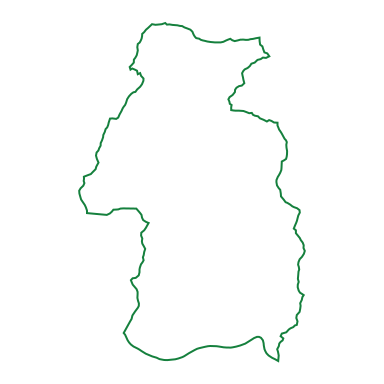 Avaré, São Paulo, Brazil (Mercator projection)
{"feature_id": "56859067B63213582970930", "entity_name": "Avaré", "entity_type": "district", "adm_level": 2, "iso_a3": "BRA", "parent_name": "Brazil", "parent_adm1": "São Paulo", "projection": "mercator", "projection_center": [-48.891, -23.063], "detail": "fine", "context": "isolated", "style": "outline", "palette": "green", "viewbox_px": 384, "rotation_deg": 0, "n_neighbors": 0, "source": "geoboundaries", "source_scale": "gbopen_adm2", "svg_char_len": 4600}
<svg xmlns="http://www.w3.org/2000/svg" viewBox="0 0 384 384"><path d="M123.7,333.0L125.1,334.7L126.1,336.9L127.6,340.2L129.1,342.5L130.9,344.5L133.5,346.5L137.7,348.6L139.4,349.6L141.6,351.1L145.8,353.7L152.2,356.4L156.6,357.7L159.5,359.1L161.5,359.5L164.2,360.0L167.3,360.1L170.2,359.8L175.2,359.3L178.3,358.5L182.4,357.1L184.2,356.2L189.1,353.1L192.9,351.0L194.7,350.0L197.1,348.8L199.1,348.2L201.6,347.6L205.5,346.7L208.0,346.2L210.2,346.0L213.4,346.1L216.5,346.2L218.7,346.5L223.6,347.3L226.2,347.5L230.8,347.6L232.8,347.3L236.2,346.6L240.2,345.5L245.3,343.6L251.7,339.6L254.0,338.1L256.9,336.9L259.1,336.9L261.0,337.8L262.9,340.3L263.6,343.2L263.8,345.5L264.5,349.2L265.3,351.1L266.5,353.3L268.6,355.5L272.1,357.8L275.0,359.2L278.2,361.0L278.7,355.5L278.0,351.8L277.2,349.2L278.8,346.2L279.3,343.5L280.6,341.9L282.6,340.4L283.3,338.4L280.6,336.2L281.8,333.6L286.3,332.3L288.8,329.5L290.5,328.3L293.3,327.1L294.8,325.5L296.8,324.9L297.5,321.3L296.3,318.0L296.8,315.0L299.6,311.9L300.2,308.9L300.6,305.8L300.2,303.2L301.8,299.9L302.4,297.1L303.7,295.1L301.8,293.8L300.0,292.7L298.7,290.6L297.7,287.2L297.8,284.6L298.7,281.9L297.9,278.9L298.3,274.3L298.5,271.6L299.2,269.5L298.8,266.8L298.1,264.7L298.5,262.1L299.7,259.2L302.0,256.8L303.9,253.8L304.8,250.9L303.5,248.0L303.7,245.2L302.7,242.6L300.8,240.1L299.8,238.0L298.2,236.0L295.9,233.2L295.9,230.3L293.8,228.6L294.8,226.0L296.2,222.8L297.0,220.6L297.5,218.5L298.3,215.5L299.8,212.6L299.5,210.1L297.0,208.2L294.1,207.2L292.3,206.3L290.2,204.6L287.4,202.9L285.6,202.2L283.7,199.6L281.0,196.4L280.8,193.5L280.2,189.8L278.7,188.1L277.0,185.4L276.4,182.0L276.5,180.0L277.8,176.9L278.9,175.2L280.2,172.8L281.3,170.1L281.5,168.0L281.8,161.5L284.1,160.3L286.1,158.9L286.7,156.6L287.0,154.3L287.1,151.1L286.5,147.7L286.3,144.8L286.8,142.1L286.0,140.3L284.6,138.8L283.4,136.6L282.0,134.0L281.0,132.3L279.1,129.5L278.3,127.4L277.5,125.5L277.5,122.7L274.0,122.5L271.4,120.9L269.1,120.1L266.9,121.5L263.6,119.8L259.9,118.3L258.0,116.3L254.9,115.7L253.0,114.8L251.8,112.9L249.2,113.2L246.2,112.0L243.5,111.0L239.3,110.7L235.8,110.7L233.6,110.5L231.2,110.1L231.2,107.1L231.6,105.0L229.8,103.8L229.4,101.6L228.4,99.3L229.6,97.1L232.6,95.0L234.9,92.1L235.1,89.7L236.5,87.7L239.1,86.1L241.8,85.6L244.3,83.2L243.4,79.7L243.0,77.5L242.5,75.4L242.1,73.2L243.2,71.1L244.7,69.4L247.6,68.0L249.8,66.1L251.4,63.7L254.7,62.6L257.5,59.9L260.7,59.1L262.9,57.6L266.0,57.9L269.3,56.3L267.3,53.4L264.4,52.4L263.2,49.1L262.4,46.4L260.1,44.6L259.6,41.0L259.5,37.6L256.1,38.2L253.0,38.9L250.4,39.2L248.4,39.8L246.0,39.9L243.2,39.6L240.3,39.7L237.8,40.4L234.7,41.1L232.2,40.2L230.3,38.8L227.9,39.7L226.0,40.5L223.4,41.8L220.7,42.4L218.4,42.4L214.9,42.4L210.6,42.0L207.3,41.5L204.6,40.8L202.7,40.4L200.8,39.8L199.2,38.7L196.2,38.1L194.8,36.6L193.6,34.6L192.4,31.7L190.4,29.7L187.4,28.5L184.4,27.4L182.2,26.1L179.9,25.9L177.4,25.3L174.9,25.1L172.4,24.9L169.4,24.4L166.9,24.6L165.2,23.0L161.8,24.2L158.8,24.5L155.5,24.8L152.0,24.2L149.8,26.3L148.0,28.0L146.0,29.7L144.1,32.2L142.2,33.9L142.1,36.1L141.6,38.6L140.7,40.7L139.7,42.5L137.8,44.0L137.3,47.2L137.8,50.4L137.3,52.8L136.7,55.3L135.3,57.8L133.9,59.6L133.8,62.6L131.8,64.9L129.7,67.0L130.5,69.6L132.2,68.5L134.6,69.5L137.0,70.7L137.8,74.2L140.1,73.1L141.1,75.9L143.5,78.5L143.4,80.8L142.0,84.2L140.2,86.7L137.1,89.5L135.4,91.9L133.4,92.3L131.3,93.8L129.0,96.3L127.2,99.1L126.0,102.9L125.1,105.0L123.8,106.6L122.7,108.3L121.5,111.0L119.6,114.4L118.2,117.6L116.2,118.9L112.4,118.4L110.0,118.6L109.4,120.5L108.7,122.6L108.2,124.9L107.2,127.4L105.6,129.1L104.8,131.9L103.3,135.0L103.1,137.2L102.0,140.4L100.7,143.1L100.6,145.7L99.2,148.2L98.4,150.5L96.6,152.5L96.0,155.6L96.9,158.9L98.5,162.6L96.3,166.6L95.6,169.2L92.8,172.0L90.8,174.1L88.3,175.0L83.9,176.7L84.0,178.9L83.7,181.0L84.4,183.1L83.3,185.7L80.6,188.3L79.2,190.7L79.4,193.5L80.4,197.1L81.1,199.5L82.9,202.2L84.8,205.0L85.9,207.4L87.0,210.6L87.0,213.1L106.8,214.9L109.8,213.5L111.8,211.7L113.4,209.7L115.7,209.6L118.3,209.4L120.4,208.6L123.2,208.4L136.3,208.6L139.0,211.7L140.4,213.4L141.5,214.9L142.0,217.6L143.2,220.1L146.0,221.9L148.6,223.0L146.9,226.0L145.9,227.8L144.2,230.3L141.3,232.7L141.1,235.6L142.3,238.5L141.9,241.3L142.3,243.6L143.9,246.4L145.2,248.9L144.2,252.0L143.7,255.1L142.9,257.3L143.6,260.3L142.5,262.3L141.0,264.3L139.9,267.5L139.5,269.5L139.5,272.3L138.7,275.4L135.7,277.9L132.6,278.3L130.9,280.2L132.7,284.6L134.5,286.7L136.6,289.2L137.6,291.9L137.6,294.0L137.4,297.9L138.0,300.7L138.9,303.4L138.8,305.9L137.9,307.7L135.0,311.6L132.4,315.5L131.6,318.9L130.0,321.6L128.4,324.5L123.7,333.0Z" fill="none" stroke="#15803d" stroke-width="2"/></svg>